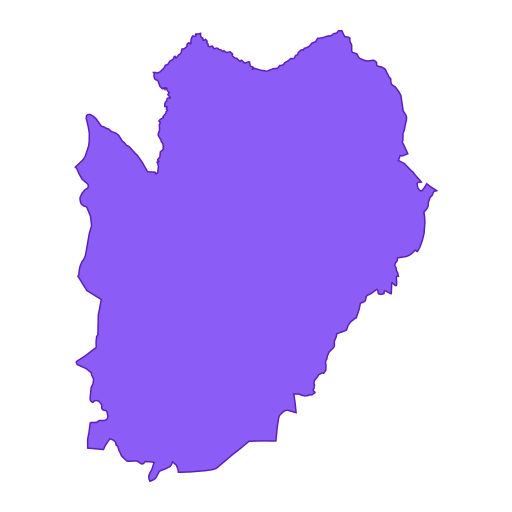 the district of Tay Ninh, Tây Ninh, Vietnam
{"feature_id": "81297802B48058598464830", "entity_name": "Tay Ninh", "entity_type": "district", "adm_level": 2, "iso_a3": "VNM", "parent_name": "Vietnam", "parent_adm1": "Tây Ninh", "projection": "mercator", "projection_center": [106.126, 11.366], "detail": "fine", "context": "isolated", "style": "filled", "palette": "violet", "viewbox_px": 512, "rotation_deg": 0, "n_neighbors": 0, "source": "geoboundaries", "source_scale": "gbopen_adm2", "svg_char_len": 5893}
<svg xmlns="http://www.w3.org/2000/svg" viewBox="0 0 512 512"><path d="M150.0,481.3L153.0,480.0L154.8,478.9L156.2,477.4L159.1,471.7L160.1,470.9L165.8,468.7L169.9,466.6L171.1,465.2L172.6,461.9L176.3,465.1L178.0,469.3L178.4,472.3L190.5,471.9L204.9,470.7L212.0,469.7L215.9,468.5L217.0,467.8L232.6,454.5L239.2,449.5L248.9,441.3L260.0,440.9L275.9,441.0L277.3,426.6L278.7,417.9L279.2,416.1L280.2,414.7L283.4,411.6L285.7,410.4L287.5,410.2L296.1,412.7L295.2,403.7L294.0,395.3L293.6,394.0L299.2,394.1L301.6,395.2L305.0,395.9L308.4,395.5L309.4,394.8L311.8,394.9L315.0,392.7L314.8,392.0L313.5,391.0L313.2,390.1L314.0,388.1L314.5,385.3L314.4,384.4L313.9,383.7L314.3,380.8L317.5,376.8L318.7,374.7L322.2,372.9L323.7,373.3L325.8,370.3L326.0,365.3L325.6,362.5L325.9,360.4L326.8,359.1L327.3,356.0L329.0,352.2L333.0,348.2L334.0,346.8L334.4,345.6L334.4,341.2L336.1,337.1L336.7,333.8L346.5,330.2L347.9,325.7L350.4,322.1L355.3,318.2L356.3,317.8L359.2,309.2L360.3,303.5L360.8,302.9L363.0,302.4L364.9,301.1L365.5,299.9L366.2,296.7L367.1,295.5L370.7,293.8L376.9,289.3L377.8,290.2L378.2,293.3L378.8,294.0L381.6,294.3L383.5,293.8L384.1,293.3L384.1,291.6L384.4,291.0L384.8,290.9L385.8,291.1L390.5,293.6L391.3,293.7L391.7,283.0L392.1,282.8L392.7,283.3L395.3,285.6L396.3,285.5L396.7,283.8L396.4,277.2L397.1,276.2L398.4,276.3L397.7,273.0L396.5,270.5L396.1,268.0L394.7,265.5L395.5,262.7L397.0,261.2L397.6,257.9L406.3,256.5L409.0,255.4L411.5,253.8L415.3,250.1L415.6,250.0L416.5,251.2L417.1,251.5L418.6,249.7L420.6,245.3L422.4,240.2L424.1,233.1L424.9,222.6L424.6,216.6L423.9,212.2L426.8,208.8L428.1,206.2L428.5,202.0L430.1,197.5L432.4,195.0L432.8,193.5L433.7,191.8L434.2,191.4L436.7,190.7L430.6,186.7L426.7,183.7L424.5,187.5L422.0,190.7L420.7,190.9L419.5,190.2L417.7,187.6L417.1,183.5L417.4,182.9L418.5,182.4L421.3,182.0L420.9,181.5L413.8,173.4L413.5,172.5L411.3,170.7L404.2,163.4L398.4,160.5L400.2,155.6L402.4,155.9L407.8,153.7L403.7,144.8L402.4,142.6L402.9,139.8L403.0,133.5L404.5,129.4L405.1,125.4L406.4,120.2L406.6,117.4L405.9,115.2L403.2,110.9L400.9,95.5L398.8,91.6L395.2,86.8L392.8,85.4L391.4,84.0L391.0,82.9L390.7,78.8L388.6,76.4L388.3,75.2L386.9,72.9L385.7,70.0L384.8,68.8L381.9,67.1L377.3,66.0L376.7,65.3L376.7,63.3L376.2,62.0L374.5,60.6L373.2,60.2L368.1,61.0L364.4,60.4L359.2,58.1L356.7,53.7L353.2,52.7L352.1,52.0L351.7,50.5L351.7,45.5L351.5,44.5L350.0,41.7L349.8,38.0L348.2,37.1L344.7,36.6L341.8,30.7L338.5,30.8L336.7,33.0L333.6,33.7L331.1,35.8L327.9,36.0L322.4,37.8L317.5,38.4L316.1,41.0L315.4,41.8L311.6,43.3L310.4,45.2L308.3,46.8L306.4,47.8L304.2,48.3L303.3,50.0L301.6,49.8L300.9,50.1L298.2,52.6L297.7,54.6L295.6,55.5L294.1,58.3L293.3,58.6L290.6,58.6L288.5,60.6L284.8,62.7L283.4,64.6L281.7,65.4L279.7,65.5L277.5,68.4L273.6,68.6L267.0,71.2L260.1,70.1L255.0,68.4L254.1,68.5L252.7,69.2L253.3,67.5L252.8,67.0L250.2,66.0L249.6,62.6L249.3,61.9L248.2,61.9L244.9,63.2L241.6,60.2L241.1,60.3L240.3,61.3L239.7,61.2L236.8,58.3L235.0,58.1L232.6,56.2L232.3,55.7L232.5,53.9L230.2,51.9L226.4,52.5L223.8,50.7L222.6,51.5L221.3,50.1L219.1,49.5L217.5,48.2L216.5,48.1L214.1,48.7L212.4,46.1L209.6,46.6L208.3,46.3L208.0,44.0L206.6,42.5L207.1,41.6L206.9,40.8L205.5,39.4L203.8,40.4L203.3,40.4L202.8,38.1L201.3,37.4L200.7,36.5L200.6,33.3L198.5,33.9L195.8,34.0L195.5,34.5L196.2,35.2L196.2,35.5L194.7,36.5L193.1,35.9L192.5,36.1L191.2,39.1L190.7,43.5L190.1,43.9L189.2,42.9L188.6,42.8L187.1,44.2L186.8,46.3L186.3,47.1L184.2,48.7L181.9,49.1L181.2,52.7L180.1,54.0L178.7,54.8L176.4,57.7L175.8,57.9L175.0,56.3L174.3,56.5L173.2,59.2L169.9,61.1L167.8,64.4L165.4,65.2L164.0,68.0L160.1,71.8L157.2,73.0L155.2,72.4L153.5,72.5L154.2,73.5L154.0,76.8L154.7,78.8L155.7,79.7L157.2,80.3L158.2,81.2L159.8,86.1L161.9,88.4L162.9,88.9L163.6,88.0L164.1,87.8L165.0,89.5L165.7,87.8L166.5,88.0L167.4,90.7L169.2,92.7L167.8,94.6L170.3,97.7L169.7,98.2L167.9,98.0L167.2,98.5L166.6,100.9L165.4,102.2L164.8,103.8L164.8,106.6L165.3,106.8L166.5,106.6L167.1,107.0L167.2,107.4L166.3,109.0L167.6,110.1L166.1,111.7L165.9,113.3L163.1,116.5L163.3,117.7L160.1,119.5L159.0,120.9L159.1,121.6L160.1,122.2L160.3,122.6L159.3,124.7L159.6,129.9L158.2,134.0L158.2,135.5L160.8,139.7L161.3,141.7L162.9,143.6L163.1,145.4L163.5,146.3L163.0,147.3L163.5,149.0L160.3,152.0L159.9,156.9L157.6,159.8L157.7,160.3L159.0,161.5L158.7,161.9L157.1,162.2L158.0,164.2L158.4,166.3L157.7,172.7L156.3,173.7L155.6,173.9L155.6,173.0L155.1,172.2L147.9,171.8L147.2,171.1L142.3,162.4L137.2,155.1L135.7,153.9L129.5,147.0L128.5,146.2L126.3,145.3L124.8,143.2L122.1,140.7L118.6,135.2L115.8,133.1L111.5,131.6L108.6,129.0L105.8,128.1L103.8,126.8L101.4,126.2L96.2,118.9L93.4,116.3L90.4,114.6L89.4,114.4L87.8,114.6L86.5,115.7L86.2,118.5L88.2,126.5L89.3,133.3L89.2,141.7L88.6,146.0L85.2,156.3L84.1,158.3L82.7,160.1L75.3,167.1L76.2,167.9L77.1,169.3L78.9,173.5L82.1,179.3L87.5,183.8L88.3,185.3L88.2,186.8L87.6,188.2L85.1,189.6L82.1,193.1L80.1,197.4L80.0,199.7L80.6,202.6L81.3,204.0L83.7,206.0L86.5,206.8L87.0,207.8L90.5,216.2L91.6,225.7L89.3,233.3L85.9,253.1L85.1,256.4L83.5,259.8L82.1,261.4L80.3,265.5L79.4,269.2L78.8,274.8L77.9,276.2L86.9,290.6L101.3,299.5L98.3,315.1L97.9,333.9L97.7,335.3L96.6,336.4L96.1,341.5L96.2,347.4L85.0,356.0L76.5,361.5L76.3,362.6L77.2,364.6L86.2,368.6L91.2,372.7L91.6,374.9L93.5,379.0L93.5,380.0L93.0,383.8L91.2,387.3L90.1,398.5L90.3,400.0L91.1,401.3L92.5,402.4L93.0,402.3L94.7,400.7L97.0,400.6L98.9,401.2L101.2,404.0L101.7,405.7L101.7,408.2L102.6,409.7L103.8,410.3L106.1,410.6L107.0,411.7L107.9,416.7L107.4,418.5L105.6,420.2L104.2,420.5L99.1,420.5L96.6,422.4L91.5,422.5L90.4,422.7L90.2,423.0L89.0,432.4L87.6,439.5L87.7,448.1L103.5,449.5L105.0,446.0L109.8,438.7L113.4,440.1L115.5,441.9L116.2,445.2L116.5,445.6L117.2,445.6L117.8,446.5L119.0,450.4L121.6,456.0L126.5,460.7L128.0,461.3L136.5,460.9L137.6,461.3L140.8,463.6L142.0,464.0L143.4,463.6L145.2,461.6L150.6,461.8L154.1,462.4L151.8,469.5L150.0,472.7L148.8,475.9L149.0,479.1L150.0,481.3Z" fill="#8b5cf6" stroke="#5b21b6" stroke-width="1.5"/></svg>